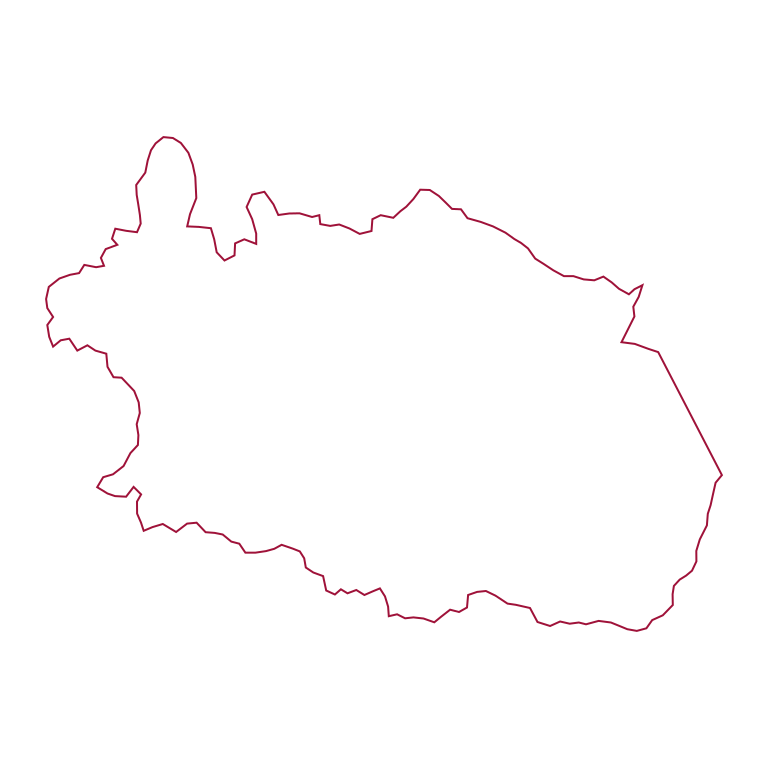 outline of Ibirapuitã, Rio Grande do Sul, Brazil
{"feature_id": "56859067B64414910507042", "entity_name": "Ibirapuitã", "entity_type": "district", "adm_level": 2, "iso_a3": "BRA", "parent_name": "Brazil", "parent_adm1": "Rio Grande do Sul", "projection": "mercator", "projection_center": [-52.464, -28.617], "detail": "fine", "context": "isolated", "style": "outline", "palette": "rose", "viewbox_px": 768, "rotation_deg": 0, "n_neighbors": 0, "source": "geoboundaries", "source_scale": "gbopen_adm2", "svg_char_len": 2629}
<svg xmlns="http://www.w3.org/2000/svg" viewBox="0 0 768 768"><path d="M528.0,248.4L521.1,243.0L514.3,239.0L505.5,232.7L493.0,226.4L480.7,221.9L467.5,218.2L461.0,209.3L452.0,208.9L446.1,203.0L438.9,196.0L429.8,190.0L420.2,189.7L413.4,199.0L406.3,206.7L400.4,211.2L393.3,217.8L380.7,215.2L372.4,219.2L371.5,231.0L359.7,233.9L349.5,228.5L339.2,224.5L330.2,225.9L320.3,224.1L319.3,215.2L312.1,217.0L299.5,213.3L289.2,213.5L278.3,215.0L273.5,204.4L264.4,191.8L252.2,194.6L246.6,207.0L252.2,219.2L256.2,233.6L256.2,243.9L244.3,239.3L235.1,243.4L234.5,255.4L224.5,260.5L216.7,252.3L214.2,239.3L210.9,228.2L198.9,226.9L187.2,226.4L190.0,214.2L196.3,198.1L195.3,176.9L192.7,164.5L188.4,152.8L180.9,143.0L172.9,138.0L163.4,137.1L155.6,143.4L151.0,150.2L147.7,160.5L145.3,172.6L136.2,185.0L136.7,194.9L138.2,204.0L139.9,215.0L140.7,223.6L137.0,232.2L126.1,230.8L115.3,228.7L112.0,238.8L117.3,244.8L105.7,249.1L100.9,257.9L104.0,265.8L96.1,267.2L84.3,264.9L79.1,273.1L70.0,274.8L59.4,278.5L48.8,286.9L46.1,299.0L47.3,308.1L53.1,317.0L47.3,325.0L49.2,336.8L53.1,346.6L60.7,340.3L69.3,338.7L77.3,350.6L87.4,345.3L95.4,350.6L106.3,353.7L107.5,366.8L113.5,377.2L121.6,377.7L134.2,391.0L138.7,402.4L139.8,413.0L136.7,424.2L138.4,435.1L137.9,445.0L130.4,453.1L123.6,466.0L113.0,474.3L103.2,477.2L97.2,487.2L107.5,493.5L115.0,496.1L126.1,496.7L133.6,486.9L141.1,494.4L137.0,501.6L137.1,513.6L141.0,522.6L143.7,530.8L152.5,527.1L162.8,524.0L176.1,532.0L187.1,523.6L196.6,522.7L205.6,532.2L214.7,532.9L222.7,534.5L231.3,541.6L239.3,543.7L245.4,552.7L255.2,552.7L266.0,551.1L274.3,548.8L281.6,544.8L292.7,548.6L299.8,551.4L304.2,558.3L305.8,567.5L313.3,572.5L323.1,576.1L326.2,590.5L334.9,594.5L340.9,589.3L347.5,593.3L356.3,590.0L364.4,595.0L372.4,591.5L379.9,588.4L385.0,596.4L388.1,606.6L388.8,616.2L397.1,614.3L405.1,618.3L413.4,617.4L423.5,618.5L434.3,622.3L440.9,616.9L450.1,609.7L459.0,612.0L467.0,607.5L468.1,595.0L477.1,591.9L485.9,591.0L495.4,595.6L507.5,603.6L515.8,604.8L530.0,608.0L537.5,622.0L550.1,626.0L560.1,621.5L569.7,623.7L578.8,622.5L586.0,624.3L598.6,620.9L610.9,622.5L618.3,625.5L627.3,629.2L636.8,630.9L646.4,628.3L652.2,620.1L662.8,615.3L672.8,605.0L672.6,594.2L673.9,585.9L679.7,579.6L686.1,575.6L692.0,570.7L696.4,561.4L696.3,550.9L699.8,539.4L706.9,525.4L707.8,513.8L710.6,505.2L712.9,494.7L715.6,482.7L721.9,475.1L658.2,352.1L648.2,348.8L634.8,343.9L621.5,342.2L634.4,316.5L633.3,306.7L638.7,296.9L642.4,285.2L634.5,289.2L628.9,294.3L619.0,288.8L611.7,282.4L603.4,276.6L594.3,280.3L583.7,279.4L573.3,276.1L563.9,276.1L553.3,270.3L543.3,263.7L535.2,258.6L528.0,248.4Z" fill="none" stroke="#9f1239" stroke-width="2"/></svg>